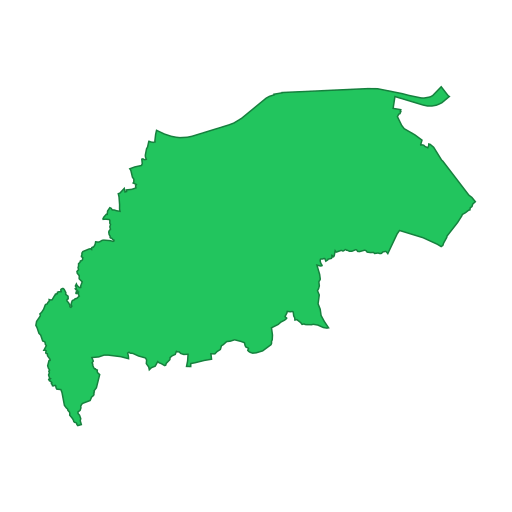 outline of Motaieni, Dâmbovita, Romania, rotated 273°
{"feature_id": "2599482B19115351514525", "entity_name": "Motaieni", "entity_type": "district", "adm_level": 2, "iso_a3": "ROU", "parent_name": "Romania", "parent_adm1": "Dâmbovita", "projection": "albers", "projection_center": [25.393, 45.104], "detail": "fine", "context": "isolated", "style": "filled", "palette": "green", "viewbox_px": 512, "rotation_deg": 273, "n_neighbors": 0, "source": "geoboundaries", "source_scale": "gbopen_adm2", "svg_char_len": 5969}
<svg xmlns="http://www.w3.org/2000/svg" viewBox="0 0 512 512"><g transform="rotate(273 256 256)"><path d="M392.8,234.5L387.6,226.9L385.5,222.1L372.2,185.8L371.0,181.2L370.2,173.8L370.4,170.1L371.1,165.1L373.0,158.1L376.3,150.1L372.1,149.4L365.6,149.0L364.7,149.3L364.1,147.7L364.3,145.2L365.0,143.1L364.5,142.9L359.1,142.0L357.4,141.1L350.9,140.2L349.2,140.4L346.8,141.4L346.4,139.8L346.5,139.0L347.1,138.0L346.7,136.9L342.2,137.6L340.4,136.9L338.6,130.3L336.5,125.4L335.0,126.5L328.2,128.5L326.3,130.0L323.2,130.1L322.5,129.5L321.1,132.8L319.7,132.0L317.8,132.6L316.1,128.6L315.2,123.1L313.6,123.4L313.1,121.8L316.6,120.9L311.6,116.7L311.0,115.2L307.9,116.1L300.1,117.1L295.6,117.3L293.5,117.9L293.9,114.4L294.5,112.1L294.5,110.0L296.0,108.9L296.6,107.5L293.1,105.4L289.8,105.3L289.9,104.4L286.9,102.0L285.1,101.2L284.6,101.4L284.9,104.1L284.7,107.7L283.9,108.2L281.1,108.3L280.0,109.1L277.4,108.5L275.2,109.3L273.4,108.0L272.2,107.7L269.8,108.2L267.9,109.4L267.0,109.3L266.4,109.7L266.2,111.0L265.0,112.1L264.4,113.4L263.7,113.4L263.2,113.0L263.1,112.0L263.7,109.8L263.9,103.1L263.6,101.6L262.0,99.1L261.6,97.7L261.8,95.1L259.4,94.8L257.8,94.1L256.2,93.1L256.3,92.3L255.8,91.6L253.9,91.5L254.6,90.3L254.2,88.8L251.4,82.9L249.8,82.0L248.1,82.1L246.7,81.6L246.1,81.8L245.4,83.1L243.2,82.9L242.2,82.1L241.9,80.9L240.3,80.5L239.1,79.2L236.4,79.3L235.4,78.9L232.9,79.5L231.3,78.0L229.4,78.4L227.1,80.5L224.0,80.6L221.1,83.8L216.9,82.5L215.4,82.6L215.2,81.7L215.9,80.3L217.5,78.7L218.7,78.1L216.6,77.2L216.0,77.8L214.0,78.2L213.7,77.3L212.7,78.2L212.3,79.6L211.8,79.5L210.5,78.2L209.2,78.2L209.1,78.9L210.6,80.6L208.3,80.6L206.7,81.6L204.2,79.1L203.9,77.7L202.5,76.4L202.2,75.4L201.5,74.7L198.3,73.9L196.1,74.7L195.0,73.8L195.6,72.8L196.9,72.8L199.3,71.4L201.4,69.5L202.1,69.4L202.9,69.9L203.4,70.7L206.0,70.4L207.7,68.0L209.5,68.0L212.6,66.2L213.4,65.3L213.5,64.7L212.8,63.3L212.0,62.8L210.2,63.3L209.9,60.6L209.4,59.6L208.1,59.7L207.6,59.1L207.8,58.4L207.2,57.5L206.7,57.7L205.7,56.8L201.6,54.7L201.3,53.1L201.7,51.7L199.9,51.8L198.9,50.7L197.2,50.0L196.8,48.8L196.1,48.1L191.7,46.7L188.6,44.9L186.8,43.2L185.9,43.7L184.8,43.7L179.2,40.3L175.2,39.8L173.0,41.1L167.4,43.3L165.8,45.1L160.0,47.4L159.5,48.9L158.8,49.9L156.8,50.2L155.5,51.3L150.8,49.1L150.9,50.4L150.4,51.4L148.7,51.1L147.9,51.3L147.6,51.6L147.5,52.8L145.5,53.0L142.0,55.8L141.0,55.9L140.9,54.9L140.6,54.7L135.5,53.7L133.0,54.6L131.4,55.8L130.8,55.8L130.2,55.1L128.4,55.8L126.7,55.1L125.9,55.2L122.8,56.5L122.7,57.1L122.2,56.7L122.1,55.5L121.9,55.4L120.5,56.3L120.5,56.8L118.9,58.7L117.8,58.3L117.0,59.2L115.8,59.5L115.6,60.1L116.3,62.2L116.1,62.7L113.8,63.3L112.6,64.1L112.4,68.1L109.5,69.4L96.8,72.5L94.3,74.6L93.3,75.9L91.9,76.3L90.5,77.8L89.2,78.3L87.3,78.3L84.1,81.2L82.6,82.2L81.1,82.7L80.4,83.6L80.2,84.7L79.5,85.7L78.4,85.9L77.3,86.9L78.5,90.4L82.3,89.1L84.4,89.5L87.8,88.1L89.4,86.5L91.0,86.4L92.6,88.4L95.2,89.1L97.0,88.8L99.2,90.0L99.8,90.7L103.0,97.9L106.5,99.2L108.3,101.1L109.8,101.5L110.6,101.0L111.8,101.7L112.8,101.3L116.0,103.5L129.4,106.1L131.2,103.9L132.4,103.4L133.8,103.5L134.3,101.9L134.9,101.6L134.7,101.0L135.8,99.9L138.6,98.5L139.4,98.7L140.7,97.9L142.5,99.0L146.0,97.4L147.0,104.2L149.1,109.5L149.3,113.5L148.4,126.2L146.8,134.1L149.4,133.8L152.3,132.9L153.3,134.2L152.4,135.4L152.3,138.1L150.0,143.9L148.5,150.6L148.1,151.2L146.4,152.2L142.8,152.1L139.5,154.7L136.8,155.4L139.0,157.4L140.7,161.1L145.4,163.4L144.3,164.8L143.6,167.0L141.8,170.5L142.2,171.5L144.1,172.0L148.0,175.4L150.1,175.5L152.1,177.7L153.5,180.5L156.6,181.5L156.2,182.4L156.2,184.4L154.8,185.8L153.9,189.0L154.3,193.3L147.6,193.2L142.1,192.4L142.2,196.6L145.2,196.5L146.2,200.7L149.0,209.8L150.6,217.0L156.0,216.1L156.1,220.0L158.5,222.1L160.8,225.3L164.6,226.2L165.7,227.9L169.0,231.2L169.6,234.8L171.2,239.0L169.9,245.5L168.8,249.0L166.0,249.8L164.6,250.6L163.7,252.9L163.2,253.3L161.4,252.7L160.4,253.6L159.5,255.2L158.8,257.7L159.3,261.2L161.6,267.6L168.2,275.6L169.6,276.1L171.8,276.0L173.1,276.6L177.9,276.6L185.1,275.2L188.8,281.7L191.3,284.3L193.5,288.0L195.2,289.8L195.6,289.9L196.9,288.2L197.2,288.2L200.6,289.8L202.3,290.1L202.1,293.2L202.5,295.1L202.0,296.1L198.1,296.8L196.3,297.9L194.1,298.2L194.6,300.1L191.9,304.0L190.1,305.6L190.7,307.6L190.2,308.5L190.1,309.5L190.3,315.1L190.8,316.7L190.3,321.2L188.1,327.0L187.7,330.6L188.1,332.2L194.1,327.7L200.0,324.1L206.2,322.9L211.5,320.5L220.4,321.2L224.6,319.2L226.7,320.2L229.5,320.8L233.6,320.1L235.8,321.3L236.7,321.3L241.0,320.5L250.1,317.3L249.4,320.9L249.7,322.3L250.1,322.5L252.1,321.1L254.5,320.3L256.1,320.5L256.4,321.0L256.5,322.8L257.1,324.0L257.0,324.9L254.5,326.0L255.9,327.9L256.6,328.1L257.6,331.5L259.1,331.9L260.6,331.7L260.4,332.4L259.1,332.9L259.3,333.5L260.3,334.1L265.3,334.8L264.2,335.6L264.1,336.1L266.0,340.6L266.0,341.4L265.6,342.1L265.7,343.1L267.1,344.8L267.1,345.3L266.5,346.1L266.5,347.0L265.6,349.1L265.8,351.6L267.5,355.2L267.4,356.1L265.9,357.3L265.8,359.1L267.5,364.2L267.1,365.6L265.7,366.8L265.4,370.2L265.7,373.2L264.7,374.3L265.4,377.7L264.9,379.7L265.2,381.2L266.7,382.5L267.4,385.2L267.1,385.9L265.3,387.5L285.5,395.8L289.0,398.0L283.0,421.9L277.2,436.5L275.1,440.4L276.3,442.0L278.8,442.7L284.5,445.5L285.9,445.7L299.9,455.5L306.8,459.4L308.3,459.9L310.2,462.9L312.9,466.0L313.2,467.2L315.3,467.4L316.7,469.1L319.2,469.7L321.7,472.2L325.8,468.5L327.9,465.4L360.5,437.6L361.4,436.4L373.9,427.7L376.6,424.1L376.9,422.7L375.3,422.7L373.1,421.9L374.3,418.9L375.4,417.7L375.7,415.9L375.4,414.8L375.7,414.6L380.4,415.7L385.3,408.3L390.9,397.3L394.1,394.6L402.6,389.9L405.1,391.1L405.7,392.3L408.0,393.1L408.2,392.5L409.7,392.9L410.6,385.2L422.5,386.4L415.5,415.0L414.8,419.3L415.0,423.8L416.0,428.1L417.2,430.7L418.8,433.6L425.4,440.7L426.1,439.5L434.7,432.1L425.5,424.1L424.3,422.2L423.7,420.6L422.5,415.4L422.5,412.6L424.4,400.1L425.8,393.5L429.4,368.6L429.0,358.8L420.6,273.5L420.3,273.5L418.5,265.5L417.9,265.7L416.1,261.0L414.1,257.8L392.8,234.5Z" fill="#22c55e" stroke="#15803d" stroke-width="1.5"/></g></svg>